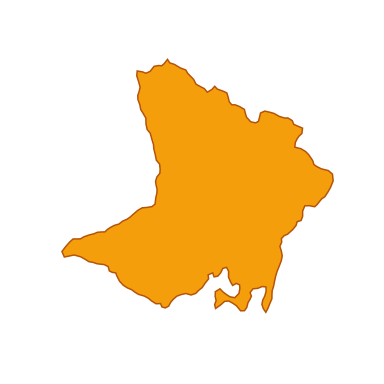 outline of Rio Rufino, Santa Catarina, Brazil, rotated 166°
{"feature_id": "56859067B87271678481012", "entity_name": "Rio Rufino", "entity_type": "district", "adm_level": 2, "iso_a3": "BRA", "parent_name": "Brazil", "parent_adm1": "Santa Catarina", "projection": "orthographic", "projection_center": [-49.748, -27.921], "detail": "fine", "context": "isolated", "style": "filled", "palette": "amber", "viewbox_px": 384, "rotation_deg": 166, "n_neighbors": 0, "source": "geoboundaries", "source_scale": "gbopen_adm2", "svg_char_len": 2888}
<svg xmlns="http://www.w3.org/2000/svg" viewBox="0 0 384 384"><g transform="rotate(166 192 192)"><path d="M52.3,168.7L51.4,175.4L54.5,179.8L60.9,183.2L64.9,186.6L67.1,189.3L67.3,193.3L69.8,200.1L72.0,203.8L75.9,207.7L81.4,210.6L79.8,215.0L76.9,218.4L74.4,220.5L71.2,222.2L69.3,227.2L73.8,230.6L76.9,233.0L77.5,237.1L81.1,240.7L84.1,241.3L89.1,244.3L93.3,248.3L96.7,250.3L101.8,252.9L106.4,252.1L108.4,248.2L110.4,244.5L113.6,243.7L118.1,246.0L121.0,251.4L121.2,255.6L121.2,259.5L125.3,263.5L129.1,266.2L132.3,267.0L134.0,270.4L134.0,275.3L134.2,279.7L137.0,282.0L142.6,285.8L144.4,289.1L147.6,286.8L153.0,285.1L155.0,289.3L158.4,292.3L162.0,295.6L163.2,300.9L165.8,305.3L167.5,308.3L168.5,311.9L173.3,315.2L178.2,320.1L182.4,322.7L183.7,326.6L187.9,323.3L190.9,321.8L193.8,322.8L198.4,323.1L203.4,319.2L208.0,318.4L210.9,320.5L215.9,322.7L217.5,318.1L217.1,312.1L217.0,306.2L219.4,301.6L221.3,298.8L222.1,294.8L221.5,289.3L221.8,284.5L220.4,280.1L218.9,274.8L220.2,269.1L220.4,263.5L218.3,259.0L218.2,253.3L217.9,247.3L218.6,243.3L218.6,238.1L218.9,231.5L216.7,226.9L217.4,221.8L218.7,217.9L222.5,215.0L224.8,211.1L225.2,207.2L225.2,203.2L226.4,199.3L228.5,195.2L230.8,189.2L234.3,187.5L239.3,187.9L244.1,188.7L248.9,187.4L254.6,184.5L258.2,182.6L262.0,181.2L266.4,180.5L270.6,178.6L275.4,178.4L279.6,177.4L283.2,176.1L286.1,174.4L289.9,175.2L293.5,175.8L297.1,175.2L302.1,175.2L307.7,174.7L311.6,173.5L315.4,174.4L318.8,175.2L322.7,173.1L327.9,169.5L332.6,165.7L331.6,159.8L327.3,159.6L321.6,159.4L315.6,156.0L311.9,152.5L308.9,149.3L305.3,147.8L301.4,145.3L294.7,142.8L291.4,139.9L291.3,135.4L288.8,133.3L285.6,132.0L285.1,128.3L283.9,123.0L281.2,118.1L277.9,114.6L274.2,111.8L271.5,108.5L268.8,105.7L263.5,102.6L260.1,99.5L257.7,96.2L254.0,92.3L249.5,91.3L249.0,87.8L246.0,86.0L242.3,86.9L239.3,90.2L236.0,92.5L231.9,94.6L227.2,95.1L222.5,95.0L217.8,92.3L212.9,92.7L209.2,95.0L205.2,96.8L201.3,100.4L196.9,103.7L196.4,107.7L191.5,108.5L191.1,104.3L187.3,104.1L183.8,106.6L180.6,110.4L176.7,110.5L175.7,106.2L177.2,100.4L176.3,95.3L175.2,91.5L171.1,92.6L168.3,90.4L168.9,86.8L171.0,82.2L176.0,79.1L180.6,81.2L183.5,84.3L186.0,87.4L188.3,91.3L193.5,89.6L194.8,85.0L194.9,80.7L197.3,77.2L197.3,73.3L191.5,75.5L186.8,78.0L182.7,77.3L179.5,74.4L176.4,70.9L173.6,65.0L169.8,64.1L166.8,66.7L164.4,71.1L161.9,73.6L159.5,76.6L160.0,80.3L156.3,83.3L151.4,82.6L146.8,83.3L143.2,82.0L144.1,77.8L146.6,73.4L149.5,70.0L151.4,66.0L151.0,61.6L149.5,57.4L146.5,60.7L143.4,65.0L140.3,69.1L139.2,73.2L138.1,76.8L135.6,80.9L133.6,85.2L131.2,90.1L128.5,94.6L125.5,98.7L122.0,103.7L119.9,108.1L119.6,113.4L119.9,118.0L117.1,121.6L116.5,125.2L113.0,127.4L109.5,127.9L103.3,131.2L99.1,134.4L97.2,137.7L93.0,138.0L90.5,141.7L89.3,146.6L85.9,151.3L81.4,150.3L76.5,148.0L73.6,149.6L70.5,152.0L67.9,153.9L64.2,155.3L60.2,159.0L56.5,162.9L52.3,168.7Z" fill="#f59e0b" stroke="#b45309" stroke-width="1.5"/></g></svg>